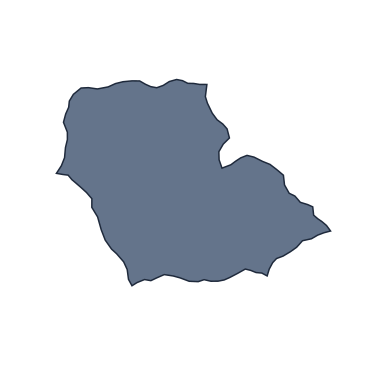 Bady Bassitt, São Paulo, Brazil (Robinson projection), rotated 17°
{"feature_id": "56859067B36887115252517", "entity_name": "Bady Bassitt", "entity_type": "district", "adm_level": 2, "iso_a3": "BRA", "parent_name": "Brazil", "parent_adm1": "São Paulo", "projection": "robinson", "projection_center": [-49.43, -20.932], "detail": "fine", "context": "isolated", "style": "filled", "palette": "slate", "viewbox_px": 384, "rotation_deg": 17, "n_neighbors": 0, "source": "geoboundaries", "source_scale": "gbopen_adm2", "svg_char_len": 1434}
<svg xmlns="http://www.w3.org/2000/svg" viewBox="0 0 384 384"><g transform="rotate(17 192 192)"><path d="M335.9,188.8L330.4,184.7L325.1,182.4L320.1,180.8L315.1,178.6L311.8,170.9L306.3,170.2L298.6,170.2L291.6,165.8L285.3,164.8L278.4,158.2L274.5,149.2L266.0,145.6L258.5,142.8L250.5,142.1L241.1,140.5L233.9,140.9L228.6,145.1L224.7,149.8L221.2,154.6L213.7,160.4L208.5,153.3L205.9,145.6L207.9,137.0L212.0,129.4L207.1,121.4L201.6,118.0L194.9,115.6L188.3,110.7L180.8,102.6L176.9,96.9L174.8,84.8L167.8,86.9L161.9,87.7L156.2,89.3L150.4,88.3L144.4,88.9L138.0,93.0L133.3,98.5L127.8,102.6L121.7,103.3L116.1,102.6L109.5,101.1L102.3,103.2L93.8,106.7L87.1,110.7L81.1,116.0L71.4,121.1L62.4,122.5L55.5,125.0L50.0,133.3L48.1,140.9L49.3,147.0L48.4,154.3L48.7,162.9L55.3,171.2L57.5,178.3L58.0,186.5L60.1,196.5L59.4,205.1L56.9,213.8L63.4,213.0L68.6,212.1L73.5,215.3L82.9,219.4L91.2,223.3L98.2,227.7L100.7,236.0L109.0,243.4L116.2,254.6L123.1,263.4L131.7,270.1L138.0,273.1L147.1,278.8L152.7,285.1L156.8,294.1L162.0,299.2L165.9,294.7L172.2,289.6L178.6,288.8L183.3,284.5L189.6,279.1L198.6,277.8L205.7,277.6L215.4,278.2L224.2,275.9L229.2,272.3L236.2,271.8L243.1,269.6L248.5,266.7L253.0,262.8L259.5,256.4L265.5,250.1L271.0,249.8L276.8,250.3L282.5,249.1L288.4,250.3L288.4,243.1L289.8,236.0L292.3,230.9L297.8,226.7L303.5,220.4L308.2,214.3L311.9,206.3L319.9,201.8L324.8,196.5L330.1,192.4L335.9,188.8Z" fill="#64748b" stroke="#1e293b" stroke-width="1.5"/></g></svg>